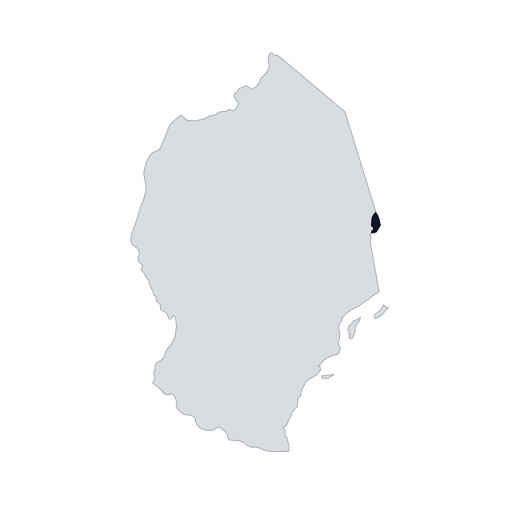 Rombo, Kilimanjaro, United Republic of Tanzania shown in context, rotated 40°
{"feature_id": "72390352B49231532539034", "entity_name": "Rombo", "entity_type": "district", "adm_level": 2, "iso_a3": "TZA", "parent_name": "United Republic of Tanzania", "parent_adm1": "Kilimanjaro", "projection": "natural_earth1", "projection_center": [37.461, -3.126], "detail": "fine", "context": "in_parent", "style": "filled", "palette": "ink", "viewbox_px": 512, "rotation_deg": 40, "n_neighbors": 0, "source": "geoboundaries", "source_scale": "gbopen_adm2", "svg_char_len": 5864}
<svg xmlns="http://www.w3.org/2000/svg" viewBox="0 0 512 512"><g transform="rotate(40 256 256)"><path d="M203.2,351.5L198.8,348.9L194.8,347.2L191.5,345.4L190.0,343.7L187.0,343.0L184.3,342.7L181.9,341.1L176.8,340.5L176.2,339.4L176.1,336.9L175.3,336.3L173.4,335.7L171.5,335.7L170.3,336.1L169.5,335.9L167.9,334.5L166.4,332.7L165.8,329.8L163.5,327.9L160.8,326.4L153.4,326.6L152.2,326.2L150.5,324.7L148.4,322.3L146.7,319.5L145.3,315.8L143.7,310.7L135.2,290.5L134.3,286.7L132.6,282.5L129.9,277.3L127.0,273.4L123.1,269.9L118.6,266.5L116.3,264.1L111.7,254.6L110.7,250.2L110.0,245.6L110.3,243.7L113.1,237.8L113.4,236.1L113.0,233.9L111.6,229.1L109.8,223.4L106.2,212.9L105.6,210.3L105.7,208.3L107.8,197.7L107.7,196.2L116.2,196.4L122.4,191.8L127.8,184.8L128.9,181.9L131.1,177.5L133.2,175.3L134.1,173.7L135.3,169.3L138.1,166.3L140.9,164.0L140.3,162.3L140.7,161.7L142.2,160.5L145.2,159.5L145.7,157.1L145.7,154.5L145.2,153.0L145.3,151.3L144.9,150.4L143.0,150.2L140.1,148.8L137.7,148.3L136.1,147.5L135.5,146.9L135.2,145.4L136.6,141.3L135.2,139.6L138.2,132.9L138.7,132.1L139.8,132.0L141.5,131.3L143.1,130.9L144.4,131.2L145.3,130.9L146.1,130.2L146.9,127.9L147.4,124.0L147.1,120.9L145.9,118.5L145.5,114.9L146.1,110.0L145.7,105.9L144.3,102.6L142.9,100.7L140.8,99.8L137.4,94.8L136.4,92.4L136.6,90.9L137.8,90.2L139.9,90.4L141.9,89.9L143.8,88.5L145.6,88.1L146.5,88.3L231.4,88.3L330.5,152.3L330.9,153.1L331.7,158.6L331.5,160.4L330.0,163.6L329.5,165.3L329.5,166.4L329.9,166.9L331.2,167.0L332.3,167.8L332.7,168.4L333.6,170.8L334.6,172.0L372.3,203.4L373.1,203.8L372.6,206.5L370.5,212.9L370.4,215.5L369.5,218.7L368.7,220.7L366.5,229.7L364.7,233.1L362.2,241.0L361.8,247.0L363.2,251.2L363.7,255.2L366.6,259.0L368.9,260.4L370.5,262.2L373.3,266.2L374.9,270.3L379.9,272.3L381.8,276.9L381.1,280.0L378.8,282.6L376.6,286.8L374.9,292.3L374.8,300.8L376.0,299.5L378.6,301.6L379.0,307.8L376.2,315.0L375.4,318.4L375.3,321.3L377.2,330.0L380.2,334.4L380.0,335.8L379.2,337.0L384.3,344.8L383.9,351.6L385.8,356.9L386.6,361.5L387.9,365.0L388.1,367.4L386.5,370.1L390.3,370.8L392.4,373.0L393.5,375.1L396.2,375.0L397.6,376.4L399.7,377.6L404.4,381.2L405.6,383.0L406.4,384.7L393.6,395.8L388.9,398.7L385.6,400.0L382.1,400.8L378.8,402.5L375.6,405.3L371.6,406.7L366.6,406.7L361.4,408.6L353.3,414.4L348.5,411.2L344.8,410.2L340.5,410.3L337.9,410.7L337.0,411.4L336.2,413.3L335.5,416.6L332.6,419.6L327.7,422.6L323.2,423.7L319.0,423.0L316.2,421.7L314.7,420.0L312.6,419.2L309.7,419.4L307.0,420.6L304.4,422.9L300.2,423.9L294.5,423.6L291.4,422.5L291.0,420.5L288.5,418.3L283.9,415.7L280.5,415.6L278.3,418.1L276.3,419.7L274.6,420.3L272.9,420.4L270.6,419.7L264.3,419.5L258.3,419.6L257.7,416.0L256.4,413.8L255.3,412.5L253.3,412.2L252.7,411.1L252.0,408.9L251.0,407.0L249.6,405.4L248.8,404.0L248.5,402.6L248.7,401.1L250.0,397.5L250.4,394.9L250.2,392.4L249.5,389.7L248.1,386.6L248.3,385.6L247.8,383.5L247.7,382.0L248.0,380.1L247.7,377.7L246.5,372.4L246.5,371.0L245.2,368.5L241.2,362.5L241.0,361.7L234.7,355.6L232.2,354.3L231.3,355.4L230.9,356.5L231.2,358.4L231.1,359.4L230.8,359.8L229.3,359.8L228.4,359.5L226.0,357.9L224.2,357.5L219.6,357.8L218.0,358.2L216.7,357.8L214.3,355.0L211.4,354.4L208.9,354.3L204.6,351.1L203.2,351.5ZM380.5,250.3L382.6,256.9L382.3,258.2L380.9,258.9L380.1,259.0L379.2,257.9L378.6,255.7L377.4,256.2L375.6,253.5L373.7,253.4L372.0,250.2L372.7,247.4L372.3,242.6L374.3,240.2L375.5,236.1L376.8,238.9L377.1,243.3L378.8,248.4L380.5,250.3ZM390.5,210.5L390.7,212.1L390.3,213.6L390.4,218.3L390.2,221.5L388.6,225.8L387.4,227.4L386.3,226.9L385.3,226.2L384.6,225.0L386.1,217.0L385.3,211.2L388.2,211.8L390.5,210.5ZM386.3,306.7L384.8,307.1L384.2,306.7L383.3,305.4L384.9,304.3L386.4,302.2L389.9,299.0L391.6,296.4L391.3,298.9L389.3,304.3L387.6,304.7L386.3,306.7Z" fill="#d9dde1" stroke="#a8b0b8" stroke-width="1"/><path d="M319.9,146.2L319.9,146.3L319.9,146.5L319.9,146.8L319.9,147.0L319.9,147.3L320.0,147.3L319.9,147.4L319.9,147.5L319.9,147.8L319.9,148.0L319.9,148.5L320.0,149.2L320.2,149.9L320.2,150.0L320.4,150.7L320.4,150.8L320.5,151.3L320.7,151.9L320.8,152.2L321.0,152.6L321.3,153.0L321.4,153.3L321.5,153.4L321.6,153.5L321.8,153.8L322.0,154.0L322.2,154.3L322.3,154.3L322.4,154.5L322.5,154.7L322.6,154.8L322.8,155.0L323.0,155.3L323.1,155.5L323.3,155.7L323.4,155.8L323.5,155.9L323.6,156.0L323.8,156.2L323.8,156.3L324.0,156.6L324.1,156.8L324.2,157.0L324.3,157.1L324.4,157.3L324.5,157.5L324.7,157.8L324.8,158.0L325.0,158.2L325.1,158.3L325.4,158.3L325.5,158.3L325.8,158.3L326.0,158.3L326.3,158.3L326.5,158.3L326.6,158.2L326.8,158.2L326.9,158.3L327.0,158.4L327.3,158.3L327.4,158.5L327.5,158.5L327.6,158.4L327.9,158.5L328.0,158.5L328.0,158.4L328.2,158.5L328.3,158.6L328.5,158.6L328.8,158.5L328.8,158.8L329.0,158.9L329.1,159.0L329.3,159.1L329.3,159.3L329.3,159.5L329.2,159.7L329.2,159.8L329.2,160.0L329.3,160.2L329.3,160.3L329.4,160.5L329.5,160.7L329.5,160.8L329.4,161.2L329.4,161.3L329.3,161.6L329.3,161.8L329.4,162.0L329.5,162.2L329.6,162.3L329.5,162.5L329.4,162.5L329.5,162.6L329.4,162.7L329.5,162.8L329.5,163.0L329.7,163.5L330.2,163.0L330.2,162.9L330.4,162.8L330.5,162.6L330.8,162.3L330.9,162.1L331.0,162.0L331.3,162.0L331.5,162.0L331.6,161.8L331.6,160.9L332.3,160.4L332.2,159.3L332.1,159.1L332.1,158.7L332.0,158.1L332.0,157.9L331.8,156.8L331.8,156.5L331.7,156.2L331.7,155.9L331.6,155.4L331.5,154.7L331.4,153.9L331.3,153.4L331.2,152.7L330.9,152.4L330.7,152.3L330.3,152.0L330.2,151.9L329.9,151.7L329.4,151.2L329.2,151.1L328.9,150.9L328.7,150.7L328.4,150.5L328.2,150.3L328.0,150.1L327.9,150.1L327.7,149.9L327.3,149.6L327.1,149.5L326.8,149.3L326.6,149.2L326.0,148.8L326.0,148.7L325.8,148.6L325.6,148.5L325.3,148.3L325.2,148.3L324.9,148.0L324.7,147.9L324.3,147.8L324.1,147.8L324.0,147.7L323.9,147.6L323.7,147.5L323.6,147.4L323.4,147.2L323.2,147.1L322.8,147.0L322.7,147.0L322.4,146.9L322.0,146.8L321.8,146.7L321.6,146.6L320.9,146.4L320.5,146.3L319.9,146.2L319.9,146.2Z" fill="#0f172a" stroke="#020617" stroke-width="1.5"/></g></svg>